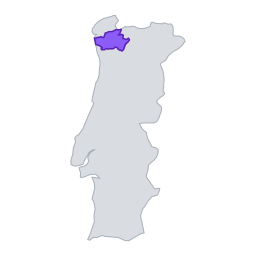 where Braga sits in Portugal
{"feature_id": "PRT-749", "entity_name": "Braga", "entity_type": "District", "adm_level": 1, "iso_a3": "PRT", "parent_name": "Portugal", "parent_adm1": "", "projection": "natural_earth1", "projection_center": [-8.294, 41.571], "detail": "fine", "context": "in_parent", "style": "filled", "palette": "violet", "viewbox_px": 256, "rotation_deg": 0, "n_neighbors": 0, "source": "natural_earth", "source_scale": "10m", "svg_char_len": 4122}
<svg xmlns="http://www.w3.org/2000/svg" viewBox="0 0 256 256"><path d="M95.9,23.9L99.2,21.0L102.4,19.1L104.2,18.3L111.7,16.3L113.6,15.4L115.5,15.5L115.8,16.5L116.8,18.3L118.0,19.6L118.4,20.6L115.5,24.5L115.1,25.9L116.6,28.5L116.9,29.2L117.6,29.6L119.6,29.5L123.2,27.8L125.6,26.4L126.5,27.0L133.5,26.2L135.2,26.9L136.3,27.6L139.8,28.5L143.6,28.6L148.3,27.3L150.3,25.9L150.7,24.4L150.8,23.3L151.4,22.6L152.5,22.2L154.2,22.9L156.5,23.5L162.3,23.8L163.4,22.9L165.3,23.2L167.9,24.2L170.9,23.9L172.3,25.2L173.0,26.9L173.2,30.6L173.0,34.3L173.6,35.7L175.6,36.0L178.8,36.0L181.7,37.0L184.0,38.8L184.7,40.6L185.1,41.8L184.0,42.5L182.4,45.2L178.5,48.7L172.8,51.8L168.5,55.7L165.6,60.4L161.9,62.4L160.7,63.4L160.3,64.7L162.8,70.4L163.6,74.9L164.2,80.3L163.8,81.8L163.6,87.8L163.1,89.5L163.2,90.9L164.2,92.4L164.6,93.9L162.9,95.7L159.7,97.9L157.4,99.8L156.8,101.6L157.0,102.7L160.9,106.4L161.6,108.0L161.1,111.7L158.9,117.8L156.8,121.5L156.4,121.9L153.9,122.9L142.1,123.0L139.3,123.8L139.7,124.5L142.5,129.3L145.4,131.8L146.3,132.4L147.4,138.0L152.1,146.9L156.7,148.1L158.3,150.4L158.0,153.5L156.6,156.9L153.8,160.5L150.5,162.9L148.3,165.4L148.2,168.3L147.5,171.9L146.4,174.8L146.2,176.7L154.6,188.9L159.2,188.3L159.8,188.6L159.0,191.5L157.6,194.9L155.8,195.5L151.8,196.6L148.1,201.0L145.0,206.2L142.7,208.8L140.6,215.1L140.9,217.8L141.9,222.0L144.1,233.0L141.0,233.5L129.0,240.6L125.2,240.6L118.2,237.5L105.9,236.5L101.9,235.5L96.9,237.6L93.0,237.5L89.9,240.2L87.7,239.5L90.3,233.6L94.3,221.9L94.1,214.8L95.1,208.6L94.0,202.5L92.0,198.7L94.7,188.7L94.4,183.6L92.0,177.2L99.5,178.2L97.2,175.6L94.9,174.0L92.7,174.4L90.8,174.3L84.4,176.8L81.2,177.6L80.3,177.1L80.6,173.1L79.0,167.9L81.5,166.6L84.5,166.2L87.1,164.0L88.6,161.5L87.8,157.1L90.0,152.9L95.2,149.4L92.5,150.0L89.4,152.1L84.6,160.1L83.0,164.2L78.9,165.5L75.2,166.1L73.4,165.7L71.1,164.7L70.9,161.7L71.1,159.3L72.7,154.6L73.3,147.9L75.5,142.0L75.3,140.4L74.7,138.0L76.7,135.7L79.1,134.1L82.7,129.0L87.8,116.8L93.6,103.9L93.2,102.3L91.9,101.1L92.4,97.6L96.0,82.4L97.4,80.4L99.0,75.9L99.4,68.8L100.1,63.8L99.9,61.3L99.4,58.3L97.2,52.6L94.9,40.6L94.7,36.6L96.6,34.5L93.5,34.2L92.0,31.7L92.4,28.7L95.9,23.9Z" fill="#d9dde1" stroke="#a8b0b8" stroke-width="1"/><path d="M116.7,29.6L119.6,29.8L121.1,29.4L121.2,29.5L121.2,30.0L120.8,30.5L120.6,31.8L120.2,32.3L119.9,33.3L119.8,33.7L119.6,34.0L118.8,34.8L119.3,34.8L119.7,34.8L119.9,34.7L120.2,34.6L120.4,34.6L120.8,34.7L121.0,34.7L121.7,34.4L121.9,34.4L122.1,34.5L123.0,35.0L123.3,35.4L123.2,36.0L123.1,36.4L122.9,38.4L123.7,38.6L124.0,38.7L124.4,38.9L124.7,39.0L126.1,39.3L126.5,39.3L127.5,39.0L128.3,38.2L128.6,38.4L128.8,38.6L129.4,39.6L129.3,40.1L127.9,42.1L127.5,42.5L126.8,42.8L126.7,43.0L126.5,43.5L126.2,43.8L125.9,43.7L125.7,43.7L125.6,43.9L125.2,44.3L124.9,45.3L125.1,45.6L125.0,45.9L124.9,46.2L124.4,47.0L124.3,47.3L124.2,47.4L124.0,47.6L124.0,47.9L124.1,48.1L123.8,48.9L123.6,49.4L123.6,49.5L123.4,49.7L123.3,49.9L123.1,50.0L122.8,50.2L122.7,50.4L122.5,50.6L122.3,50.8L122.0,50.9L121.6,50.9L121.3,50.6L120.5,50.2L120.1,50.3L119.0,49.8L117.8,48.9L117.8,48.5L117.7,48.3L117.0,47.6L115.3,47.0L114.7,47.7L114.1,48.2L113.0,48.7L112.7,48.7L111.9,49.0L111.7,49.0L111.2,48.7L110.9,48.6L109.5,48.8L108.4,49.1L107.6,49.0L107.3,48.8L107.1,48.6L106.6,48.7L106.0,48.8L105.4,49.2L105.1,49.4L104.8,49.6L104.6,49.6L104.3,49.7L102.3,49.7L102.0,49.8L101.9,49.8L101.6,49.7L101.4,49.4L101.3,48.8L101.2,48.4L101.5,48.1L101.8,48.0L102.0,47.9L102.1,47.7L102.0,47.4L101.7,47.1L101.3,47.0L100.8,46.7L100.2,46.2L100.0,45.9L99.7,45.7L99.3,45.5L98.5,45.5L97.6,45.1L96.7,44.7L95.9,44.6L95.5,43.6L95.5,42.7L95.3,42.1L95.2,41.4L94.8,40.0L94.6,39.1L94.4,38.3L94.4,38.1L94.6,38.1L95.2,38.2L95.6,38.1L98.1,37.3L99.9,37.2L100.2,37.1L100.5,36.9L100.6,36.7L100.8,36.6L101.0,36.8L102.1,37.2L102.8,37.3L103.1,37.5L103.5,37.6L104.3,36.6L104.2,36.1L104.2,35.8L104.4,35.5L104.7,35.2L104.8,34.9L104.9,34.6L105.0,34.0L105.0,33.6L105.1,33.3L105.4,33.0L105.6,32.9L105.9,32.8L106.2,32.9L106.4,32.9L107.0,32.7L107.6,32.2L107.9,32.0L108.4,31.8L108.9,31.7L111.9,31.6L112.8,31.3L116.1,29.6L116.5,29.6L116.7,29.6Z" fill="#8b5cf6" stroke="#5b21b6" stroke-width="1.5"/></svg>